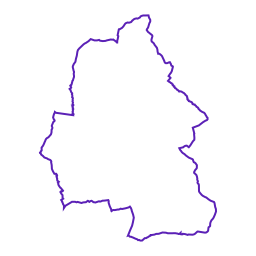 Agnita, Sibiu, Romania (orthographic projection)
{"feature_id": "2599482B25260320092709", "entity_name": "Agnita", "entity_type": "district", "adm_level": 2, "iso_a3": "ROU", "parent_name": "Romania", "parent_adm1": "Sibiu", "projection": "orthographic", "projection_center": [24.621, 46.003], "detail": "fine", "context": "isolated", "style": "outline", "palette": "violet", "viewbox_px": 256, "rotation_deg": 0, "n_neighbors": 0, "source": "geoboundaries", "source_scale": "gbopen_adm2", "svg_char_len": 5745}
<svg xmlns="http://www.w3.org/2000/svg" viewBox="0 0 256 256"><path d="M208.1,230.8L208.3,229.3L208.4,228.1L208.6,227.3L209.7,226.5L210.1,226.0L210.2,223.6L210.5,222.3L211.4,220.4L213.0,218.6L213.6,217.6L214.9,214.7L216.0,211.5L215.9,209.0L215.2,207.0L214.5,203.0L214.0,202.0L210.6,200.7L208.5,199.3L206.3,197.5L205.2,197.1L202.8,195.8L201.7,194.9L199.5,192.3L199.0,191.2L198.9,185.4L198.7,184.2L197.9,183.5L197.5,182.7L197.5,182.4L197.9,181.5L197.9,181.1L197.6,180.6L197.2,179.5L197.3,178.5L196.9,176.4L196.3,174.9L194.1,172.8L194.2,171.9L195.2,170.0L196.4,168.7L196.8,168.0L196.9,165.2L195.5,163.2L194.8,162.6L193.8,162.2L193.3,161.0L192.9,159.6L192.5,159.2L188.8,157.6L185.8,155.4L184.5,154.1L183.0,153.2L181.8,152.1L181.1,151.0L180.2,150.0L179.3,148.2L183.2,147.3L183.4,147.0L184.9,146.0L186.0,145.7L186.8,145.7L188.8,147.2L190.3,145.4L192.9,141.3L194.3,139.8L194.4,137.8L194.1,134.4L194.1,133.8L194.3,133.6L194.1,133.0L194.1,132.7L192.8,127.7L198.9,125.4L203.0,122.2L205.4,120.7L206.9,120.1L207.6,119.2L207.5,117.7L206.9,117.2L206.0,115.5L205.5,114.8L205.1,113.9L204.2,112.8L202.0,111.8L199.8,110.3L199.4,109.5L198.8,109.2L198.3,108.6L198.3,108.1L197.6,107.3L196.5,106.8L196.1,106.0L195.1,105.2L194.8,104.7L194.5,104.8L193.8,104.3L193.5,104.4L192.8,104.2L192.4,103.8L192.5,103.4L192.1,102.5L191.7,102.4L191.2,101.9L190.1,101.6L189.6,101.2L188.8,101.1L188.6,100.3L187.9,100.0L187.4,99.3L187.6,98.7L187.3,98.3L187.3,97.3L187.0,97.0L186.9,96.1L185.3,94.7L185.2,94.3L184.0,93.2L183.9,93.0L183.0,92.6L181.5,91.6L179.5,91.2L179.3,91.5L178.9,91.4L178.9,91.0L177.9,90.1L177.2,89.9L176.3,88.7L175.2,88.2L175.2,87.9L174.3,87.0L174.5,86.7L174.4,86.4L173.7,86.4L173.4,85.5L172.8,85.2L172.9,84.9L172.8,84.5L172.5,84.5L171.6,83.2L170.8,83.0L170.2,82.3L169.4,82.0L168.0,80.9L170.5,77.9L169.4,76.7L168.6,76.1L170.3,73.5L170.9,72.9L171.8,71.1L172.9,66.8L172.8,66.4L171.4,65.6L171.1,64.9L170.7,63.5L170.4,63.3L169.9,62.2L169.1,62.3L167.3,63.1L165.9,63.2L165.0,62.7L164.4,61.6L164.3,61.0L162.0,56.1L161.2,55.2L159.6,53.9L159.0,53.7L158.2,53.8L157.6,51.7L157.4,49.6L156.9,47.8L154.5,44.7L154.1,43.8L153.6,43.1L151.7,41.5L151.4,40.1L151.6,39.0L152.3,36.7L152.4,36.3L152.3,35.6L152.1,35.2L148.0,31.9L146.7,30.0L146.9,29.3L148.1,27.5L149.4,23.1L150.0,22.1L150.3,21.1L150.2,19.7L149.0,17.6L148.5,15.4L143.0,15.5L141.3,16.0L140.5,16.5L140.0,17.4L138.1,18.4L137.6,18.6L136.4,18.4L134.8,18.8L133.8,19.3L132.6,20.4L132.2,20.6L131.7,21.4L131.0,22.1L129.0,22.7L127.5,22.5L125.6,23.3L124.9,24.1L123.4,26.4L122.0,27.9L119.7,29.2L119.0,29.2L118.8,29.5L117.6,35.3L118.3,36.1L117.7,39.1L117.3,40.4L117.2,42.5L116.9,42.5L115.9,41.4L113.2,39.5L112.4,39.7L110.8,39.5L106.8,40.4L105.4,40.9L102.7,41.1L100.1,40.7L99.7,40.5L99.1,39.9L97.0,40.4L94.5,40.4L90.7,39.1L88.5,41.2L85.8,43.0L84.9,43.4L83.6,44.3L79.2,48.5L77.9,50.1L77.4,51.7L76.8,55.7L75.9,59.0L75.4,61.8L73.8,64.0L72.8,66.3L72.8,67.4L73.2,68.9L73.6,70.8L74.0,71.7L74.0,72.4L73.7,73.7L74.0,75.9L74.0,76.9L73.2,79.3L73.0,80.2L72.3,81.1L72.3,81.8L71.9,82.8L71.9,83.4L71.6,84.1L71.5,84.7L71.2,85.1L70.8,85.1L70.4,85.5L70.6,85.7L70.5,86.2L71.1,87.1L71.2,87.6L70.4,88.5L69.6,88.8L69.7,89.3L70.5,89.9L71.0,91.6L71.4,92.4L72.2,93.3L71.9,94.3L72.2,94.8L72.4,96.3L72.2,96.7L72.1,97.2L72.9,98.1L72.6,100.0L72.8,100.6L72.6,101.1L72.5,101.6L73.0,102.4L72.6,104.1L72.7,104.5L73.3,104.8L73.3,105.2L72.5,105.4L72.7,105.6L72.8,106.3L72.4,106.7L72.5,107.1L72.7,107.3L73.1,108.2L72.7,108.9L73.2,109.3L72.9,110.3L72.9,110.9L72.6,111.4L72.9,111.9L72.8,112.6L72.5,113.1L73.5,114.1L73.1,114.5L73.2,115.2L56.0,112.8L54.9,112.0L54.8,112.6L54.2,113.6L53.7,115.0L53.1,117.4L53.8,119.3L54.6,120.3L54.4,121.2L53.3,122.0L51.8,125.7L51.8,126.1L52.3,127.3L52.4,127.9L52.1,128.9L51.6,129.7L51.5,132.4L51.1,133.9L50.9,134.4L48.4,137.3L47.1,138.0L46.2,138.8L45.7,139.6L44.9,141.7L44.5,142.3L44.2,143.3L43.1,145.6L41.6,147.6L41.6,148.5L41.7,150.3L41.5,150.7L40.9,151.2L40.9,151.5L40.5,152.4L40.0,152.6L40.1,153.1L40.8,153.4L41.1,154.5L43.0,156.0L44.4,157.5L47.0,158.4L48.0,159.1L50.3,160.0L51.1,160.9L51.3,161.7L51.1,162.1L51.7,165.1L51.9,168.9L52.9,171.2L54.4,173.8L56.2,173.8L56.8,174.7L57.0,175.2L56.6,175.4L56.8,176.2L56.5,176.3L56.8,177.0L56.7,177.3L57.1,178.2L57.0,178.3L57.3,180.6L58.8,181.8L57.9,182.7L58.3,183.4L58.3,184.3L58.7,185.4L60.2,187.6L60.9,188.1L63.0,190.7L62.8,191.0L62.1,191.4L61.7,191.2L60.9,191.4L60.4,192.0L61.4,193.8L62.5,195.1L62.6,197.9L63.2,198.7L61.2,200.0L62.2,201.5L62.1,201.8L62.9,203.4L63.0,204.0L64.0,205.6L63.9,208.1L65.1,206.3L65.2,205.9L72.0,201.8L75.1,201.8L76.6,202.3L77.6,201.9L81.5,203.0L83.2,202.4L85.9,202.2L87.8,200.8L88.3,201.0L89.0,201.7L89.4,201.9L90.4,201.1L91.5,200.8L92.4,201.3L93.4,202.2L93.9,202.2L95.4,202.5L98.6,201.4L99.1,201.3L99.9,201.6L100.8,201.4L102.5,200.7L104.5,200.6L108.3,200.1L108.7,201.0L108.6,202.7L109.8,206.4L111.2,209.3L111.3,210.8L111.5,211.1L112.7,210.2L113.3,210.0L114.8,210.1L117.8,209.5L118.8,209.5L119.7,209.2L120.5,208.7L122.1,209.0L125.5,208.3L128.7,207.4L129.9,206.6L130.9,208.0L131.6,209.8L131.7,210.6L133.1,214.6L133.8,217.7L132.9,222.4L132.1,225.7L130.1,230.3L128.0,235.6L128.3,235.5L128.8,235.7L129.9,236.7L131.3,236.8L132.0,237.2L132.7,237.4L135.5,238.7L136.7,239.1L137.5,239.5L138.0,240.1L139.2,240.0L139.3,240.2L140.7,240.6L142.2,240.5L144.7,238.2L146.2,238.1L146.8,237.6L147.5,237.4L149.3,236.2L150.5,235.7L150.6,235.0L151.8,235.0L154.4,234.6L156.2,233.9L158.7,233.8L162.5,232.5L165.9,232.7L168.0,233.3L175.3,233.2L177.6,233.6L178.6,234.0L179.4,233.9L180.4,233.0L180.3,233.6L180.7,233.7L180.7,234.2L181.9,234.5L182.1,234.9L182.1,234.5L182.5,234.4L182.7,233.9L183.5,233.9L185.1,234.1L187.7,234.9L188.4,234.5L192.6,234.7L193.8,234.4L194.7,234.0L197.4,231.6L197.8,231.5L204.6,232.6L205.9,232.6L207.4,231.7L208.1,230.8Z" fill="none" stroke="#5b21b6" stroke-width="2"/></svg>